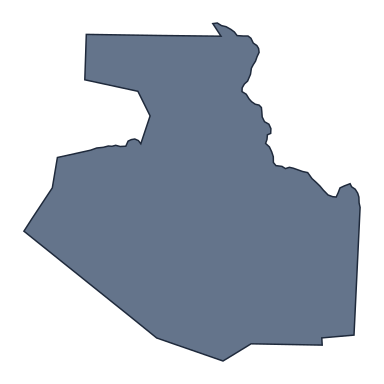 outline of São Félix do Piauí, Piauí, Brazil
{"feature_id": "56859067B9162951919823", "entity_name": "São Félix do Piauí", "entity_type": "district", "adm_level": 2, "iso_a3": "BRA", "parent_name": "Brazil", "parent_adm1": "Piauí", "projection": "orthographic", "projection_center": [-42.074, -5.922], "detail": "fine", "context": "isolated", "style": "filled", "palette": "slate", "viewbox_px": 384, "rotation_deg": 0, "n_neighbors": 0, "source": "geoboundaries", "source_scale": "gbopen_adm2", "svg_char_len": 1292}
<svg xmlns="http://www.w3.org/2000/svg" viewBox="0 0 384 384"><path d="M251.1,343.8L322.2,345.1L321.8,337.9L354.0,335.1L360.1,207.4L359.1,202.9L358.9,197.1L357.7,193.2L355.2,189.2L351.6,186.8L350.1,183.7L344.3,185.9L340.0,187.9L338.1,192.9L336.2,197.0L332.7,196.7L328.1,195.0L323.3,190.1L320.0,186.1L316.4,182.6L312.0,178.6L307.7,172.6L302.6,171.5L298.4,170.0L293.3,168.2L289.4,167.3L285.4,168.6L282.0,166.4L275.9,165.6L273.4,162.5L273.3,156.7L271.7,151.8L269.4,146.9L265.6,143.4L267.0,139.4L267.4,134.8L270.7,133.4L270.9,128.6L268.9,124.2L264.5,121.7L262.2,117.0L261.8,111.5L261.4,107.5L259.1,105.1L255.2,104.2L251.6,101.7L249.0,98.8L246.2,94.2L242.0,91.6L242.2,87.8L244.4,84.0L247.6,81.1L250.5,74.3L251.4,68.2L253.3,64.6L255.5,61.2L257.1,56.6L259.1,52.4L258.6,48.5L256.9,45.6L253.3,43.1L250.9,38.2L248.0,36.0L243.1,36.0L237.1,35.6L234.4,32.0L230.9,29.4L226.1,26.7L221.5,25.6L217.3,23.0L212.8,23.6L221.0,36.2L160.2,35.5L86.3,34.4L85.8,49.9L84.8,79.8L137.9,91.3L144.1,103.8L150.1,115.9L140.8,143.8L138.4,140.6L134.8,139.0L131.3,139.6L128.1,141.1L125.8,146.2L120.1,146.5L115.7,145.3L112.0,146.3L108.3,146.0L103.4,147.3L96.7,148.0L90.5,150.2L57.4,157.5L52.3,187.9L31.8,218.9L23.9,231.2L128.8,315.4L156.7,338.0L223.0,361.0L251.1,343.8Z" fill="#64748b" stroke="#1e293b" stroke-width="1.5"/></svg>